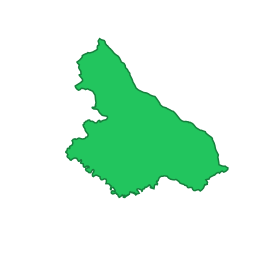 Monywa, Sagaing, Myanmar, rotated 149°
{"feature_id": "60261553B28979630774365", "entity_name": "Monywa", "entity_type": "district", "adm_level": 2, "iso_a3": "MMR", "parent_name": "Myanmar", "parent_adm1": "Sagaing", "projection": "robinson", "projection_center": [95.327, 22.213], "detail": "fine", "context": "isolated", "style": "filled", "palette": "green", "viewbox_px": 256, "rotation_deg": 149, "n_neighbors": 0, "source": "geoboundaries", "source_scale": "gbopen_adm2", "svg_char_len": 5801}
<svg xmlns="http://www.w3.org/2000/svg" viewBox="0 0 256 256"><g transform="rotate(149 128 128)"><path d="M106.3,219.2L108.8,217.9L109.5,215.3L110.1,214.2L111.7,214.2L112.6,213.3L113.3,212.0L113.4,211.5L114.1,211.2L115.2,211.1L119.3,211.3L122.2,212.1L123.6,213.3L123.9,213.1L125.2,213.1L125.4,213.3L127.8,213.6L129.9,213.6L130.9,212.2L134.6,211.1L137.8,210.8L137.8,209.5L137.2,207.2L139.0,205.5L139.3,204.4L139.3,202.2L139.2,201.0L140.6,198.2L142.4,198.7L142.6,198.3L141.9,193.4L142.4,192.3L142.8,191.7L144.3,191.6L144.4,191.3L151.6,191.2L151.9,190.3L151.9,188.5L151.5,187.0L150.8,185.8L149.1,185.6L148.2,185.9L147.4,186.0L145.6,184.5L145.0,183.8L144.7,182.9L142.4,182.4L141.3,180.4L141.0,180.2L140.9,179.9L140.7,179.9L140.2,178.9L139.3,177.7L139.3,172.9L141.1,169.3L142.4,166.1L144.0,164.6L144.3,163.4L144.8,163.3L144.9,163.5L145.4,162.9L147.1,163.6L147.9,164.1L148.3,163.8L148.1,163.0L147.5,161.9L145.1,160.3L144.3,158.8L144.5,155.9L143.6,152.2L142.5,151.1L140.0,149.0L139.9,147.9L140.8,146.9L142.5,146.4L145.3,147.3L147.4,147.5L148.2,147.2L148.8,147.6L148.3,148.2L148.5,149.2L149.4,149.5L150.8,149.2L151.4,148.8L152.5,148.7L153.8,149.5L154.4,151.2L155.1,152.2L156.8,153.1L156.8,154.6L158.2,155.3L159.5,155.1L160.8,155.4L161.1,155.0L162.6,155.1L163.0,154.9L163.5,153.9L164.8,153.9L165.2,153.0L165.4,151.7L165.3,149.6L165.9,147.8L165.8,145.7L165.5,143.7L165.7,142.5L167.3,141.3L168.8,141.8L169.8,141.2L171.2,141.4L172.9,142.1L175.2,144.6L176.3,144.8L178.0,144.8L178.2,145.0L178.6,145.1L178.9,145.5L178.9,146.0L180.8,146.5L181.5,146.2L182.5,146.0L182.6,144.4L183.0,143.5L184.2,142.4L184.6,142.4L184.9,142.1L186.1,142.2L187.5,142.2L188.1,141.1L188.2,140.8L188.6,140.5L189.2,141.3L190.4,141.6L191.0,141.1L192.1,139.9L192.4,139.9L193.1,139.9L193.5,139.6L193.5,139.3L193.8,139.0L193.3,138.5L193.3,136.0L194.7,135.3L194.9,134.3L194.5,133.0L194.1,132.2L194.0,130.5L193.7,130.0L193.4,129.9L193.3,129.7L192.4,130.0L190.6,130.0L189.0,129.7L187.6,128.4L187.5,125.0L186.8,124.6L184.9,125.0L184.5,124.8L184.8,123.6L186.1,123.0L186.2,122.8L186.5,122.7L186.6,122.3L184.9,120.3L185.4,119.1L185.9,118.5L186.0,117.5L185.5,116.8L183.1,116.6L181.8,115.8L181.4,114.8L181.9,114.1L182.6,114.8L183.7,114.7L184.1,115.0L184.6,115.1L184.8,115.2L185.8,114.1L185.8,112.9L184.8,111.1L184.5,109.9L183.0,108.9L179.8,110.5L179.0,110.1L179.0,109.1L180.0,108.1L180.2,107.8L180.5,107.7L181.6,107.4L182.7,106.2L183.1,105.0L182.7,104.2L181.7,104.3L180.3,104.2L179.6,104.0L178.7,103.0L177.1,100.4L177.7,99.4L177.7,97.8L177.6,97.5L177.3,97.2L176.9,97.1L176.7,96.9L176.1,96.7L175.1,96.7L174.3,96.5L173.2,95.3L173.5,94.1L174.7,92.5L175.6,91.7L175.2,91.4L174.0,90.7L173.4,90.1L172.8,89.1L172.9,87.6L172.3,86.9L174.4,84.9L174.6,84.2L174.2,84.0L173.2,85.2L171.9,85.0L171.2,84.6L171.1,81.5L171.8,80.3L172.2,80.6L173.3,82.0L174.2,82.2L174.8,82.1L175.6,81.3L175.8,80.5L175.1,79.4L174.5,79.1L173.7,79.0L173.2,78.8L172.6,78.8L171.6,78.1L171.5,77.5L171.8,77.2L171.1,76.2L171.4,74.7L171.2,73.9L171.3,73.1L171.0,73.0L170.2,73.1L168.0,73.3L167.5,73.6L167.4,72.7L167.1,71.8L167.6,71.1L167.2,70.6L166.5,70.1L166.1,70.2L166.0,70.8L166.2,71.3L166.1,71.2L166.4,72.1L166.1,72.4L165.4,71.9L165.6,70.5L165.0,70.4L164.0,70.8L163.8,70.5L163.1,70.4L162.9,70.6L162.6,70.4L162.3,70.7L161.0,70.5L159.1,72.2L158.5,71.8L158.2,70.7L157.7,70.4L157.1,70.4L157.2,69.8L156.1,69.4L156.6,69.0L156.4,68.8L156.4,68.4L155.4,68.0L155.9,67.5L155.8,66.6L154.3,66.9L153.3,66.6L152.0,66.3L152.0,67.1L151.9,68.6L152.3,70.2L152.0,70.8L151.6,70.9L150.7,70.7L150.0,70.2L149.7,69.7L148.7,68.6L148.6,67.7L148.7,66.6L148.2,66.6L147.5,67.4L146.4,68.0L145.2,67.5L143.9,68.5L142.8,67.8L140.9,67.8L139.8,68.2L139.0,68.2L138.6,67.6L138.8,66.9L138.5,66.0L139.3,65.8L139.4,65.2L138.6,65.0L138.6,64.3L138.1,64.3L137.8,63.3L137.3,63.0L137.1,62.6L136.4,63.2L135.6,64.3L134.9,65.1L133.8,65.5L133.0,65.3L132.4,64.8L132.3,64.4L131.5,64.8L131.3,65.5L131.4,66.6L131.2,67.3L130.6,67.6L130.3,67.2L129.3,67.4L127.3,69.0L126.3,69.5L124.3,69.5L122.9,68.6L121.8,68.5L119.3,66.5L119.0,64.3L117.9,62.2L116.3,60.7L115.1,59.8L115.0,59.7L113.4,59.2L112.6,57.7L112.2,56.5L111.9,56.0L111.8,54.1L110.9,52.8L109.0,50.7L108.8,49.6L107.4,48.4L107.5,46.4L107.1,45.8L106.5,45.5L105.4,45.1L103.9,44.1L103.9,43.7L104.1,42.0L103.8,40.6L102.8,39.8L101.0,39.5L99.2,38.8L98.5,36.8L96.3,37.0L94.0,37.8L91.4,39.9L90.8,39.5L90.7,39.2L89.8,39.2L89.4,39.4L89.0,39.0L88.6,39.8L87.8,40.5L87.9,43.6L87.1,43.4L86.7,43.1L85.7,43.0L85.0,42.4L83.8,43.3L82.7,43.6L79.2,43.3L78.6,43.5L78.1,43.0L75.5,43.7L73.9,43.5L73.7,43.3L73.3,43.2L72.8,42.1L71.9,42.5L70.4,42.7L69.4,42.5L68.7,40.9L67.8,40.7L66.4,40.6L65.3,40.8L64.6,41.0L64.0,41.0L63.2,41.9L62.9,42.4L63.8,43.7L64.3,45.2L65.9,46.1L66.9,47.0L68.6,49.2L68.9,49.7L67.8,52.1L67.3,53.4L66.6,55.1L66.1,56.7L64.4,58.4L64.1,63.5L63.6,65.7L62.7,68.0L62.0,70.5L61.6,74.8L61.1,75.5L61.1,76.3L61.4,77.3L62.7,80.2L63.8,83.3L63.7,85.1L65.5,87.2L66.1,88.1L67.2,88.8L69.4,93.0L69.7,94.2L69.9,96.2L70.4,98.5L72.0,101.1L72.6,101.1L73.0,101.3L73.2,102.3L74.0,102.8L74.9,103.7L76.9,104.8L78.1,106.4L78.9,108.3L79.9,116.1L80.6,118.9L81.5,119.8L82.4,121.2L82.8,122.1L83.5,123.0L83.7,123.5L83.9,123.6L84.0,123.9L84.3,124.2L84.9,125.6L87.4,128.3L88.2,130.7L88.4,131.7L88.1,132.5L88.1,134.0L88.4,138.9L88.7,141.1L90.3,142.6L92.1,145.0L92.8,146.6L93.9,148.3L96.4,150.5L99.5,155.2L100.5,158.1L100.1,161.6L100.1,165.0L99.7,166.4L99.4,168.0L99.1,172.2L98.8,173.1L98.3,174.0L98.6,176.3L98.4,178.6L99.0,180.6L98.9,181.4L98.2,183.0L98.1,184.9L98.3,185.7L99.2,187.0L99.4,187.4L99.8,188.1L99.5,189.4L99.3,192.3L99.4,194.4L100.8,197.4L101.4,199.2L101.6,200.5L101.7,201.7L101.8,201.7L101.9,202.9L102.2,203.8L102.3,204.9L102.7,205.7L103.1,207.5L103.2,209.0L103.8,209.9L103.7,210.6L103.9,211.7L103.7,212.8L103.3,213.5L103.3,214.9L103.5,215.4L105.4,217.4L106.3,219.2Z" fill="#22c55e" stroke="#15803d" stroke-width="1.5"/></g></svg>